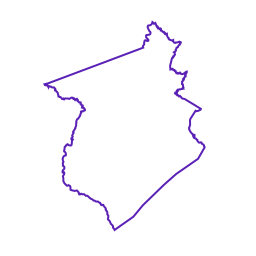 outline of Nyimba, Eastern, Zambia, rotated 340°
{"feature_id": "96606910B94036775861358", "entity_name": "Nyimba", "entity_type": "district", "adm_level": 2, "iso_a3": "ZMB", "parent_name": "Zambia", "parent_adm1": "Eastern", "projection": "robinson", "projection_center": [30.526, -14.393], "detail": "fine", "context": "isolated", "style": "outline", "palette": "violet", "viewbox_px": 256, "rotation_deg": 340, "n_neighbors": 0, "source": "geoboundaries", "source_scale": "gbopen_adm2", "svg_char_len": 5648}
<svg xmlns="http://www.w3.org/2000/svg" viewBox="0 0 256 256"><g transform="rotate(340 128 128)"><path d="M80.5,219.2L102.7,213.2L115.7,205.6L142.3,193.7L157.5,187.7L183.3,180.9L193.4,172.4L193.5,172.1L193.2,171.3L193.3,170.7L193.5,170.3L192.8,168.8L192.2,168.3L192.0,167.8L192.1,166.8L191.7,166.4L190.0,166.2L189.4,165.5L188.8,163.5L189.1,162.9L188.4,162.1L188.4,161.5L187.6,160.5L186.9,160.2L186.9,159.7L186.5,159.2L186.5,158.5L186.8,158.6L187.2,158.0L187.8,158.2L188.1,157.2L186.6,156.8L186.7,155.8L186.0,155.0L185.9,154.0L185.4,153.1L185.0,149.9L185.5,149.1L185.4,148.8L187.4,146.4L189.0,141.7L189.7,140.8L197.4,134.9L198.0,135.6L199.7,135.9L202.5,135.6L203.0,134.9L191.3,120.3L189.1,118.8L188.6,117.9L188.5,117.1L187.8,115.7L186.8,115.9L186.4,114.9L186.5,114.5L186.0,114.1L185.6,114.1L185.6,113.5L185.2,113.7L185.0,113.4L185.1,112.4L184.2,112.0L184.0,111.6L184.6,110.8L186.3,111.2L186.6,109.9L187.3,110.2L187.6,109.1L187.9,109.0L188.3,109.5L189.5,109.2L190.1,109.6L191.4,109.6L192.2,109.9L193.1,109.7L193.5,109.9L193.5,109.3L193.8,109.1L193.5,108.6L193.8,108.4L194.0,108.0L194.4,106.2L194.2,105.0L193.9,105.0L194.0,104.5L194.3,104.2L194.7,102.9L195.0,102.7L195.3,102.8L195.6,102.6L196.3,101.7L196.7,101.7L196.7,101.4L196.5,100.8L196.9,100.6L197.0,100.8L197.4,101.0L198.2,99.7L198.9,99.5L199.1,99.2L199.7,99.2L199.7,98.7L199.8,98.8L200.3,98.0L200.4,97.3L200.7,97.2L201.3,96.4L202.1,96.0L202.4,95.5L202.5,95.1L201.7,95.1L199.3,95.9L197.5,96.0L196.4,95.4L196.4,95.2L195.9,94.6L196.1,94.4L195.8,93.7L195.2,94.0L194.5,93.8L194.2,94.2L193.9,94.1L193.8,93.7L193.5,93.7L193.4,93.3L192.8,93.5L192.3,93.1L192.4,92.7L192.0,92.2L192.3,91.1L191.7,90.7L191.9,90.5L191.5,90.0L191.5,89.4L190.5,89.1L190.3,88.0L189.9,88.1L189.6,87.4L189.4,87.4L189.1,87.7L188.4,87.3L187.9,87.4L188.8,84.0L193.1,77.6L193.8,77.5L193.9,77.1L194.4,76.6L194.6,76.6L194.7,76.8L195.5,76.5L195.5,75.8L196.7,75.5L197.3,75.0L197.4,73.0L197.1,72.5L197.5,72.4L197.7,72.8L198.6,72.4L199.6,71.4L199.5,70.9L200.6,70.0L201.1,69.1L202.5,69.1L202.8,68.5L205.1,67.0L205.3,67.1L205.4,66.8L205.7,66.7L205.8,66.4L206.1,66.5L206.9,65.8L206.8,65.2L206.1,64.9L205.9,64.5L203.3,64.4L202.0,64.0L201.5,64.2L200.5,63.5L200.1,62.0L200.5,60.9L199.5,61.1L199.3,60.6L198.2,60.1L197.9,59.6L197.5,59.4L196.8,58.7L196.8,58.3L196.7,58.0L197.0,57.4L196.5,56.7L196.3,55.5L196.5,53.1L196.8,52.9L196.8,52.7L196.1,52.9L195.8,52.6L195.4,52.8L195.0,52.5L194.8,51.4L195.0,51.1L194.5,50.9L194.6,50.1L194.0,50.0L193.4,49.3L193.5,48.9L193.2,48.5L192.3,47.8L192.7,47.3L192.7,46.8L192.9,46.4L192.8,46.0L192.3,46.1L192.2,45.4L191.6,45.3L191.6,45.7L191.4,45.8L191.0,45.1L190.3,44.7L190.6,44.2L190.2,44.0L190.0,43.4L190.2,43.1L190.5,43.3L190.6,43.1L190.5,42.6L190.0,42.5L189.6,42.2L189.8,41.2L189.6,40.6L189.7,39.9L189.6,38.9L189.1,39.2L188.5,38.8L188.2,38.9L188.2,38.3L187.8,38.1L187.6,37.4L187.2,36.8L186.2,38.2L185.1,38.8L183.7,39.0L182.0,38.6L181.5,39.0L181.0,39.8L180.9,41.3L181.2,44.0L181.8,45.3L181.8,46.0L181.5,46.7L180.9,47.4L180.1,47.6L177.2,47.0L176.6,47.3L176.1,49.2L177.3,52.1L177.0,52.9L176.8,53.0L175.9,52.9L174.5,51.6L173.6,51.5L172.3,53.4L171.8,55.0L170.0,56.1L169.8,56.8L169.8,57.7L68.1,58.7L64.5,58.3L64.6,59.2L65.2,59.7L66.1,59.9L66.7,60.7L67.0,60.5L67.0,61.7L67.3,61.9L67.3,62.3L67.7,61.8L68.3,61.7L69.0,62.5L69.8,62.7L70.0,63.4L70.4,63.8L72.3,64.5L72.3,65.0L73.0,65.9L73.1,66.3L72.9,66.7L72.5,66.9L72.2,67.6L72.3,67.8L73.0,68.0L73.3,69.5L73.8,70.0L74.0,71.2L73.7,72.4L73.8,73.1L73.4,74.6L74.2,75.0L74.3,75.5L75.2,75.9L76.1,78.3L77.5,78.2L77.6,78.4L77.4,79.0L77.7,79.3L78.7,78.7L79.2,78.8L81.7,79.8L82.9,80.6L85.1,80.1L85.6,80.4L86.0,80.4L86.3,80.7L86.6,80.8L86.7,81.4L86.5,81.7L86.7,82.1L87.3,82.3L87.6,83.1L87.9,82.6L88.3,83.5L89.2,83.5L89.5,83.1L89.9,83.1L89.9,83.8L90.1,83.9L90.3,84.3L89.9,84.6L89.8,85.2L90.4,85.5L90.4,86.4L90.7,86.7L90.7,87.1L91.5,87.6L92.2,87.7L92.0,88.9L91.7,89.2L92.2,89.9L92.0,90.2L92.3,91.1L92.9,91.2L93.2,91.5L93.0,92.0L92.4,92.0L91.7,93.1L93.1,93.9L93.5,94.2L93.7,94.9L93.8,96.3L93.5,96.7L93.0,96.8L92.0,96.4L91.1,97.0L90.1,96.4L89.4,96.5L89.2,96.8L89.0,97.9L87.8,98.9L87.3,100.1L86.7,100.2L85.7,101.3L84.8,101.7L84.5,102.2L83.4,102.3L82.4,103.1L81.9,103.9L81.4,104.5L81.4,105.3L80.7,106.1L80.5,107.2L79.5,108.8L78.7,109.4L78.5,110.2L77.9,110.5L77.1,111.4L76.2,111.8L75.8,112.4L75.1,112.8L74.9,113.5L75.2,114.0L73.0,115.9L72.9,116.4L73.1,117.1L72.6,117.7L71.2,118.4L71.0,118.9L71.1,119.5L71.9,119.3L72.3,119.9L70.9,121.0L69.7,123.7L69.0,124.7L68.3,124.9L67.2,124.4L66.3,123.7L65.9,122.8L65.4,122.5L64.6,123.0L64.2,123.0L64.1,123.3L63.4,123.4L63.0,123.9L62.1,124.1L60.7,126.9L60.1,127.6L60.0,128.2L60.7,129.2L60.9,130.2L60.7,131.3L60.3,132.3L60.1,132.5L59.1,132.3L57.8,132.6L56.0,134.6L55.7,136.5L55.8,137.7L55.5,138.1L54.8,138.5L54.3,140.4L53.9,141.1L54.2,141.8L54.8,142.4L54.8,143.1L54.2,144.5L52.1,145.6L51.9,146.4L51.4,146.9L51.3,147.4L51.6,147.7L52.6,147.5L52.8,147.9L52.8,148.3L52.2,149.6L50.3,151.0L50.1,153.0L49.1,155.8L49.4,158.3L50.8,161.3L51.6,161.6L52.5,161.3L53.7,162.6L53.7,163.9L53.0,165.9L52.9,166.4L53.3,166.9L56.2,168.8L58.7,169.3L59.7,171.9L59.3,172.9L59.5,173.7L60.0,174.0L61.4,173.7L62.0,174.0L62.2,174.6L62.5,174.8L64.0,175.1L65.3,177.4L66.4,177.6L66.8,178.1L67.3,178.8L67.6,179.8L68.2,180.4L68.5,181.4L70.2,183.0L70.8,184.4L71.9,184.9L72.5,185.9L73.3,186.4L74.6,186.8L75.6,188.5L76.3,188.9L76.4,189.9L76.2,190.6L76.4,191.0L76.8,191.4L77.5,191.4L78.5,191.8L78.4,192.7L79.5,195.6L79.5,196.8L79.1,197.1L79.1,197.5L79.8,199.8L79.4,201.2L79.1,201.6L79.1,202.4L79.5,203.6L79.1,204.8L78.2,206.2L78.0,206.7L78.1,207.4L78.8,208.8L79.0,209.7L79.1,212.1L80.3,214.6L80.3,215.4L79.8,216.4L80.4,218.0L80.5,219.2Z" fill="none" stroke="#5b21b6" stroke-width="2"/></g></svg>